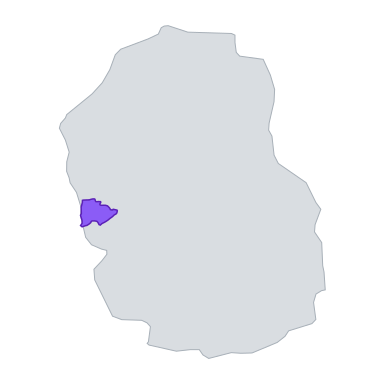 where Lipkovo sits in North Macedonia, rotated 269°
{"feature_id": "MKD-2920", "entity_name": "Lipkovo", "entity_type": "Statistical Region", "adm_level": 1, "iso_a3": "MKD", "parent_name": "North Macedonia", "parent_adm1": "", "projection": "albers", "projection_center": [21.587, 42.142], "detail": "fine", "context": "in_parent", "style": "filled", "palette": "violet", "viewbox_px": 384, "rotation_deg": 269, "n_neighbors": 0, "source": "natural_earth", "source_scale": "10m", "svg_char_len": 1937}
<svg xmlns="http://www.w3.org/2000/svg" viewBox="0 0 384 384"><g transform="rotate(269 192 192)"><path d="M170.8,80.1L178.0,81.0L193.6,76.5L203.3,70.3L208.3,69.4L214.9,67.0L224.4,67.3L234.0,69.9L246.2,66.3L258.1,60.5L262.9,61.9L268.2,66.7L271.6,68.1L291.8,93.8L302.8,104.2L315.8,112.0L330.6,117.7L336.0,123.2L345.8,150.7L350.5,161.1L356.8,164.1L358.4,167.1L358.7,171.1L351.9,190.6L349.8,234.2L348.1,237.7L340.6,237.6L330.8,238.7L327.0,242.1L323.4,265.5L307.5,272.4L293.1,276.4L280.9,275.6L259.5,270.3L252.5,269.7L246.5,272.9L227.4,274.7L219.0,278.8L199.3,306.3L179.3,315.7L172.5,320.5L157.2,314.5L149.9,313.8L139.2,320.8L116.0,321.4L109.7,322.6L91.8,323.5L91.1,319.8L87.8,314.2L79.5,311.6L62.4,313.6L58.3,309.6L51.5,286.2L46.1,282.5L40.1,274.6L30.0,249.2L29.9,238.1L30.7,228.5L25.3,205.8L28.9,200.1L34.3,196.5L34.4,187.4L33.1,173.6L39.7,146.4L41.4,144.5L43.0,145.8L58.1,148.1L62.0,144.7L64.6,139.4L65.6,119.5L69.2,110.4L105.8,93.2L116.5,92.6L124.7,100.6L131.2,105.8L135.1,105.7L136.5,100.5L141.0,90.6L148.5,84.9L170.6,80.1L170.8,80.1Z" fill="#d9dde1" stroke="#a8b0b8" stroke-width="1"/><path d="M160.4,80.0L162.7,81.6L165.3,81.6L170.7,80.1L171.0,80.3L172.4,81.0L178.8,80.9L183.4,82.2L185.6,82.3L185.8,83.1L185.9,86.8L185.9,89.1L186.4,90.7L186.8,92.6L186.8,94.1L186.6,94.7L185.9,95.0L184.9,95.2L184.0,95.8L184.0,97.3L184.1,98.0L184.0,99.5L184.0,100.3L183.6,100.6L182.9,100.5L182.1,99.9L181.4,99.6L180.7,99.9L180.3,100.8L180.3,102.3L180.3,103.8L180.2,105.5L179.6,107.3L178.7,108.2L177.7,109.1L176.6,109.8L175.8,110.1L175.5,111.2L175.5,112.5L176.1,112.9L176.0,113.4L175.2,116.7L174.5,117.0L172.4,116.5L171.4,115.7L170.4,113.8L169.6,113.0L168.7,112.0L168.0,111.0L167.2,109.8L165.3,107.4L164.1,105.5L163.3,104.1L162.0,101.4L160.5,99.7L161.0,98.5L162.0,98.0L163.2,97.4L164.4,96.3L164.8,94.0L164.8,91.6L164.3,90.7L163.2,90.3L161.8,88.6L160.4,86.3L160.2,85.0L159.1,81.5L160.4,80.0Z" fill="#8b5cf6" stroke="#5b21b6" stroke-width="1.5"/></g></svg>